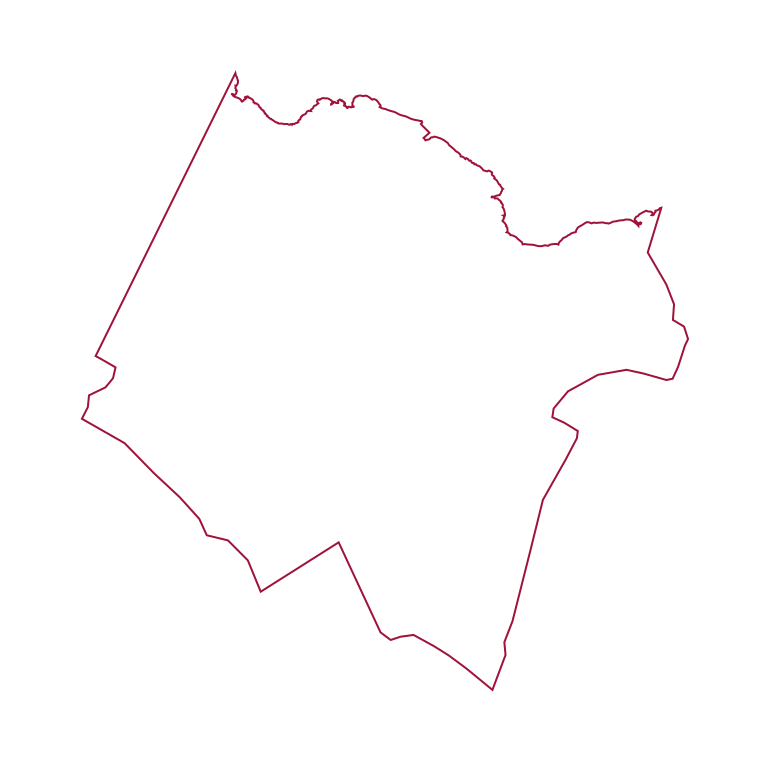 Ngkeklau, Ngiwal, Palau, rotated 281°
{"feature_id": "81905179B53990233662504", "entity_name": "Ngkeklau", "entity_type": "district", "adm_level": 2, "iso_a3": "PLW", "parent_name": "Palau", "parent_adm1": "Ngiwal", "projection": "robinson", "projection_center": [134.636, 7.588], "detail": "fine", "context": "isolated", "style": "outline", "palette": "rose", "viewbox_px": 768, "rotation_deg": 281, "n_neighbors": 0, "source": "geoboundaries", "source_scale": "gbopen_adm2", "svg_char_len": 6162}
<svg xmlns="http://www.w3.org/2000/svg" viewBox="0 0 768 768"><g transform="rotate(281 384 384)"><path d="M156.6,302.6L219.9,369.7L139.5,428.0L134.0,439.4L139.1,448.5L143.3,460.9L136.1,483.3L129.8,499.6L120.2,519.6L104.4,548.8L141.2,555.0L153.5,551.4L175.8,555.4L247.2,559.4L300.6,562.1L344.9,576.9L367.6,583.7L374.8,583.2L380.4,568.3L383.5,555.6L392.3,555.2L411.9,566.0L433.8,592.2L444.2,619.3L443.8,636.9L441.8,660.4L444.2,666.3L457.0,669.4L479.3,672.1L486.1,673.9L497.6,667.6L502.0,655.4L517.6,653.5L535.5,642.2L563.4,617.8L609.9,622.6L609.3,621.3L608.0,620.7L607.2,619.8L606.3,618.6L605.9,617.3L604.4,617.6L602.8,616.5L601.8,616.6L600.9,615.6L600.9,614.5L602.0,615.2L603.0,615.1L603.8,614.2L604.1,612.5L603.7,610.1L604.2,608.4L603.3,607.2L602.2,605.7L599.2,602.2L597.3,601.3L596.3,599.6L595.1,599.2L593.9,598.6L592.8,598.9L591.8,600.7L590.6,601.8L590.6,604.0L591.6,604.7L591.2,605.8L589.8,605.4L589.8,604.4L589.1,603.4L587.7,603.6L589.2,601.6L590.1,599.9L591.3,597.3L591.8,595.7L592.2,593.9L591.9,591.6L591.6,590.1L591.1,588.8L590.6,588.1L589.7,584.8L588.8,582.3L588.2,581.3L587.8,580.0L587.0,577.7L585.8,576.2L584.3,573.8L584.5,572.8L584.2,571.7L584.3,567.7L583.7,565.6L583.3,563.9L582.6,561.7L582.5,559.4L582.0,558.2L581.3,557.2L581.8,554.4L581.5,552.0L579.7,550.0L578.3,548.7L577.2,547.4L576.0,545.9L574.5,544.4L571.5,543.3L569.8,543.3L568.0,539.7L566.8,538.3L565.8,537.5L565.0,536.2L563.9,535.4L562.5,533.7L561.5,532.0L560.6,531.7L558.5,530.4L556.9,529.1L555.1,528.6L554.1,528.6L554.4,527.2L554.1,525.3L553.6,523.4L553.0,521.6L552.2,520.0L551.0,518.9L550.8,515.3L549.4,512.5L548.8,509.1L549.1,504.1L548.4,498.4L548.2,495.3L547.5,493.5L549.4,492.4L551.8,487.9L553.5,485.4L554.3,482.3L554.4,480.5L554.3,479.6L555.1,479.2L555.6,478.0L556.2,477.3L556.3,475.5L557.3,476.2L560.9,475.2L562.2,473.7L562.9,473.9L565.0,471.9L566.0,470.2L566.7,469.2L567.9,469.6L568.3,470.0L570.6,469.8L570.7,470.3L572.0,470.4L572.3,469.2L572.9,470.5L574.6,470.1L576.9,469.1L578.4,468.3L579.4,467.6L580.1,466.6L581.6,466.6L582.4,466.5L583.8,465.4L584.1,464.5L585.0,464.3L585.2,463.7L586.1,463.2L586.8,461.4L587.6,460.4L587.7,458.8L587.3,457.5L587.8,457.3L588.2,456.2L588.0,455.3L587.8,454.1L588.4,454.0L588.8,454.7L588.6,455.9L589.6,457.3L590.7,459.2L591.6,461.5L594.0,462.4L595.1,462.4L596.1,462.9L597.8,463.0L598.3,463.6L599.0,462.3L600.8,460.4L601.7,460.0L602.0,458.7L605.4,455.9L606.8,453.0L607.7,453.3L609.1,451.9L609.6,450.4L610.4,449.8L612.2,449.8L612.8,448.5L613.5,446.2L612.4,444.6L612.7,440.8L614.1,439.3L615.9,436.5L616.5,433.2L617.3,432.2L616.9,430.8L618.0,430.1L617.8,429.2L618.1,427.7L619.2,427.3L619.9,426.3L619.4,425.2L619.8,424.6L620.9,423.5L621.4,421.7L620.3,421.0L621.5,419.3L622.1,417.9L622.0,415.8L623.2,415.5L624.5,414.1L625.5,412.3L626.2,410.2L627.8,407.9L629.1,405.7L630.9,402.3L632.7,400.7L634.9,396.0L635.9,392.4L636.5,387.3L636.2,385.6L635.5,384.9L635.1,383.3L634.3,382.7L633.0,381.9L632.5,381.2L632.1,380.1L631.7,378.9L631.1,378.2L632.6,376.7L633.1,375.9L639.3,380.7L644.4,373.1L646.2,370.6L647.9,371.6L649.4,370.7L649.0,369.5L649.2,368.5L649.2,362.4L649.6,359.2L650.5,356.1L651.0,353.2L651.1,349.8L651.7,346.7L652.7,343.9L653.1,341.5L653.3,338.7L653.7,335.5L654.2,333.1L654.2,329.8L655.0,326.9L656.3,327.7L657.4,327.0L658.1,325.8L659.4,324.8L661.2,322.4L661.7,320.5L661.6,319.0L660.9,318.3L661.2,317.3L662.5,315.4L662.5,314.8L663.3,313.0L663.6,311.9L663.4,310.6L663.1,309.5L662.6,308.8L662.7,306.7L662.6,305.3L662.2,304.2L661.7,303.3L661.2,303.1L661.2,302.3L660.7,301.4L660.2,301.5L659.1,300.4L658.6,300.4L657.9,299.9L655.4,299.9L653.8,299.2L652.8,299.7L652.1,299.8L651.1,299.8L650.7,300.7L650.6,301.3L650.2,301.3L649.8,299.9L649.2,298.8L649.5,297.9L649.5,296.8L649.3,296.0L648.6,295.7L648.0,295.6L648.0,295.0L648.3,294.5L648.8,294.5L649.2,293.9L649.4,293.4L649.6,292.8L649.5,291.9L649.8,291.6L650.5,292.0L651.2,291.7L651.2,292.3L651.9,292.3L652.4,292.0L653.2,291.0L653.6,289.6L654.1,289.2L653.7,288.8L653.8,288.1L654.4,288.0L654.8,286.4L653.0,284.6L652.2,285.1L651.1,285.4L650.7,284.1L650.8,282.8L651.3,282.3L651.5,281.1L650.9,280.6L650.0,280.6L648.2,278.8L648.6,278.6L650.4,279.5L651.2,279.4L651.9,278.9L652.3,278.1L652.7,277.3L653.4,275.2L653.6,274.1L653.5,273.2L653.1,272.0L653.2,270.2L652.5,268.3L651.9,267.9L651.4,267.1L650.7,266.7L651.0,266.1L650.5,264.8L649.9,264.4L648.6,264.3L646.9,266.0L646.4,265.3L645.2,264.6L644.6,264.0L643.8,262.5L642.2,261.8L641.2,261.6L639.9,260.5L638.4,259.4L638.0,259.9L637.8,257.9L636.8,256.4L635.6,256.0L634.7,255.8L633.8,255.1L632.0,252.5L631.1,252.4L630.3,251.5L627.7,251.3L627.3,250.5L625.8,249.6L624.6,250.0L624.3,249.1L623.8,248.9L623.1,247.3L622.5,246.8L622.0,246.2L622.0,245.0L621.8,244.4L621.0,244.2L621.4,243.7L621.3,243.2L621.0,243.0L621.1,242.4L620.6,242.0L620.4,241.0L620.8,239.6L620.5,237.8L620.0,236.5L620.2,235.3L620.1,233.5L619.7,232.0L619.7,230.2L620.1,230.1L620.4,227.6L621.7,224.8L622.4,222.8L622.7,222.7L622.8,221.4L624.3,218.9L624.6,218.2L625.0,218.3L625.1,217.6L625.8,217.3L626.7,216.2L626.7,215.6L627.1,215.7L628.8,213.6L629.3,213.7L630.3,211.1L631.7,210.1L631.8,209.2L632.5,208.6L633.9,207.5L634.3,206.9L634.5,206.2L634.9,205.7L635.1,204.1L634.8,203.8L635.4,203.2L635.5,202.2L636.6,202.1L636.9,201.7L637.6,201.3L638.2,200.4L639.1,197.9L639.2,196.9L639.6,196.0L640.1,196.0L640.3,195.2L639.9,194.9L639.5,195.0L639.2,194.8L639.7,194.2L639.5,193.2L639.0,192.8L638.4,193.3L638.2,194.8L637.8,193.5L636.9,193.3L636.3,192.2L635.4,192.1L635.0,191.4L634.2,191.0L634.2,190.4L635.0,189.8L635.7,189.1L636.2,188.4L636.6,187.4L637.2,184.6L637.3,183.1L637.8,182.7L637.8,181.8L638.5,181.7L638.1,181.1L640.0,178.7L639.7,179.6L639.7,180.4L639.3,180.5L639.1,181.2L639.2,182.0L639.9,182.8L640.7,183.3L641.7,183.5L642.7,183.4L643.2,183.7L644.0,183.4L644.1,182.7L644.8,182.7L645.7,181.8L646.2,181.6L647.3,181.7L648.6,181.2L648.7,182.2L649.2,182.3L649.9,182.8L650.8,183.0L652.7,183.0L653.7,182.9L654.6,182.2L655.1,182.1L655.9,181.6L657.1,181.1L658.4,179.8L660.8,178.8L356.4,95.6L354.7,101.0L349.1,117.3L338.0,116.9L327.6,111.3L316.6,96.6L304.8,97.7L292.2,94.1L276.4,140.7L252.8,174.8L233.8,205.2L216.4,228.4L201.7,238.9L200.7,260.7L184.9,284.0L156.6,302.6Z" fill="none" stroke="#9f1239" stroke-width="2"/></g></svg>